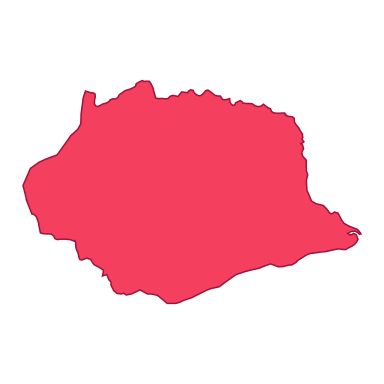 Tawau, Sabah, Malaysia (orthographic projection)
{"feature_id": "92858781B49280129644496", "entity_name": "Tawau", "entity_type": "district", "adm_level": 2, "iso_a3": "MYS", "parent_name": "Malaysia", "parent_adm1": "Sabah", "projection": "orthographic", "projection_center": [118.041, 4.434], "detail": "fine", "context": "isolated", "style": "filled", "palette": "rose", "viewbox_px": 384, "rotation_deg": 0, "n_neighbors": 0, "source": "geoboundaries", "source_scale": "gbopen_adm2", "svg_char_len": 3075}
<svg xmlns="http://www.w3.org/2000/svg" viewBox="0 0 384 384"><path d="M26.7,199.9L26.4,199.9L31.9,214.0L33.7,214.3L36.2,216.4L38.6,222.9L38.9,225.6L40.4,232.9L43.4,233.7L45.9,233.9L48.9,233.9L51.2,234.1L53.8,236.1L55.1,238.8L57.3,239.6L60.4,239.2L63.9,239.2L66.7,239.2L70.8,239.8L74.3,241.2L75.1,240.7L75.7,242.9L75.7,245.3L75.9,247.6L76.8,250.4L78.0,252.7L78.8,256.8L79.8,259.6L81.9,260.0L86.8,258.2L90.7,259.4L92.7,262.9L94.1,264.7L99.1,267.4L103.4,270.1L103.2,272.1L102.5,276.0L104.0,275.4L106.8,274.6L108.9,279.9L111.1,282.1L110.9,284.4L111.3,285.8L113.8,290.7L116.9,293.4L120.9,294.0L124.0,293.4L126.3,295.0L131.4,294.0L136.3,291.7L140.0,289.9L147.5,294.0L151.4,294.0L157.6,295.4L161.4,298.5L167.2,303.4L172.7,303.4L176.0,303.4L179.6,302.3L183.9,300.3L188.6,298.7L191.9,297.6L206.8,290.1L210.9,288.6L219.1,286.8L221.4,285.2L225.4,282.1L235.9,274.7L244.0,271.9L250.4,270.2L259.2,268.2L265.3,265.7L270.6,263.9L275.1,265.6L278.4,266.8L282.9,266.6L289.0,265.1L291.9,264.9L296.2,262.3L297.8,260.4L307.0,254.7L310.3,253.5L315.4,252.9L320.1,252.1L325.2,251.7L329.3,250.8L333.6,249.8L339.0,248.8L340.8,249.2L344.1,249.6L345.7,249.6L348.2,248.0L351.8,246.3L354.5,244.5L356.7,241.9L358.0,239.4L356.1,234.5L353.5,233.5L351.8,234.7L349.6,234.7L347.8,233.3L351.4,231.4L355.1,231.2L356.9,232.0L359.6,234.3L361.0,233.9L359.4,231.6L357.4,229.4L354.1,228.1L349.0,226.1L347.1,225.1L343.9,223.2L341.6,220.0L338.1,213.2L334.5,212.0L332.0,213.8L329.8,213.2L326.9,209.1L323.4,205.6L320.1,204.6L316.1,203.8L311.6,201.1L306.9,190.1L306.4,180.5L307.7,174.5L306.3,170.7L306.2,164.3L306.3,160.2L304.9,158.6L302.8,156.3L301.8,153.3L302.4,150.8L303.6,148.8L302.6,145.1L300.9,143.7L302.4,143.0L304.0,141.8L301.8,139.1L302.8,137.5L302.4,134.0L299.9,130.2L298.5,127.5L296.9,125.8L294.6,122.4L294.4,120.9L294.2,118.3L292.3,116.8L290.7,116.6L288.5,116.4L285.6,115.0L286.0,114.8L284.6,113.0L282.9,113.0L279.9,113.2L276.4,113.2L273.7,112.8L271.5,111.5L270.5,108.7L268.0,107.8L266.2,106.4L263.5,104.2L261.0,106.2L257.8,106.6L255.1,105.8L252.7,104.0L250.0,103.5L246.9,103.5L243.0,103.1L242.0,101.7L240.2,100.5L237.9,101.7L235.7,102.7L234.7,104.8L233.2,105.4L231.4,104.4L230.0,102.1L229.7,98.6L225.0,99.9L222.6,99.4L220.3,96.0L218.1,96.0L215.0,95.4L213.4,94.1L210.1,91.5L207.9,90.0L205.6,90.7L203.4,93.5L201.1,95.4L199.1,95.8L196.8,94.9L195.0,93.5L193.7,91.9L193.3,90.4L190.5,89.8L188.4,91.3L187.6,92.7L184.7,92.3L181.7,91.9L179.6,94.5L178.0,96.4L175.9,96.0L172.5,95.4L170.0,96.4L167.6,98.8L164.9,98.8L162.2,98.4L158.6,98.6L155.9,98.2L154.9,95.0L153.8,91.5L153.2,88.4L150.8,83.3L149.1,81.2L146.5,81.2L144.2,81.4L142.4,80.6L139.7,81.7L136.2,83.7L135.6,86.2L133.0,87.8L130.3,89.0L125.0,90.7L121.9,92.9L119.3,94.7L118.0,97.4L115.8,98.8L112.9,98.8L110.3,99.7L108.8,101.7L106.2,103.1L102.7,104.0L99.8,105.6L97.4,106.6L95.7,105.8L94.5,104.2L94.5,101.9L94.7,99.3L95.3,96.8L95.1,94.1L93.3,92.9L90.6,92.7L85.5,91.0L83.3,97.5L81.1,114.0L80.8,123.8L77.8,129.3L70.7,135.7L67.4,140.6L57.0,155.0L50.3,157.4L45.4,159.3L38.9,162.3L30.4,168.4L23.0,185.6L26.7,199.9Z" fill="#f43f5e" stroke="#9f1239" stroke-width="1.5"/></svg>